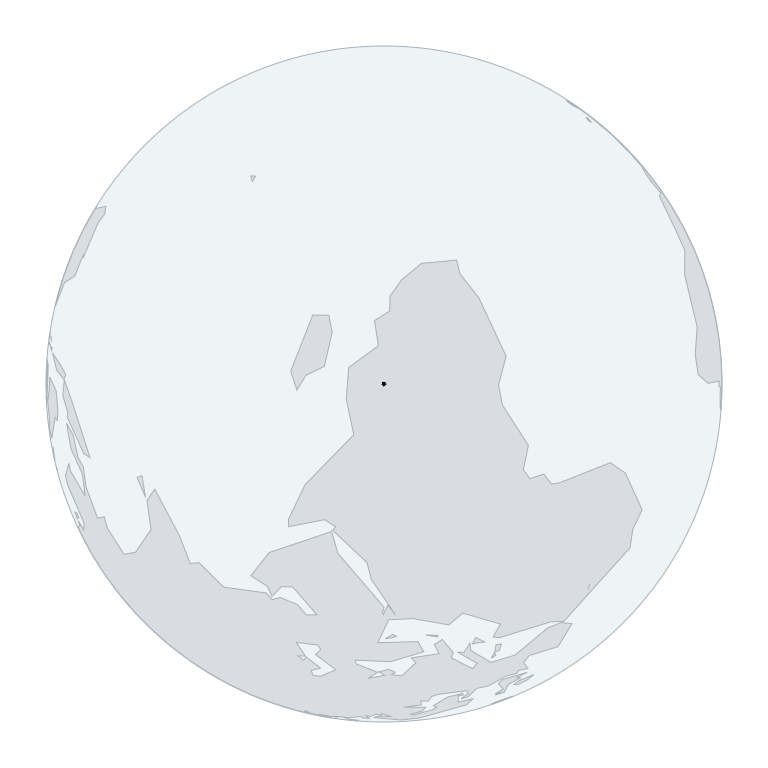 the Earth from above Ntchisi, rotated 179°
{"feature_id": "MWI-1913", "entity_name": "Ntchisi", "entity_type": "District", "adm_level": 1, "iso_a3": "MWI", "parent_name": "Malawi", "parent_adm1": "", "projection": "orthographic", "projection_center": [33.898, -13.273], "detail": "fine", "context": "on_globe", "style": "filled", "palette": "ink", "viewbox_px": 768, "rotation_deg": 179, "n_neighbors": 0, "source": "natural_earth", "source_scale": "10m", "svg_char_len": 6009}
<svg xmlns="http://www.w3.org/2000/svg" viewBox="0 0 768 768"><g transform="rotate(179 384 384)"><circle cx="384" cy="384" r="338" fill="#eef3f6" stroke="#a8b0b8"/><path d="M47.6,352.0L48.2,353.4L48.2,365.8L47.6,375.4L49.0,375.3L49.1,381.0L59.8,379.0L69.7,387.8L72.3,408.0L69.9,435.7L81.5,488.1L80.8,512.1L89.9,533.3L105.4,567.2L103.8,570.1L113.8,582.2L120.7,593.0L122.3,596.8L130.8,606.7L132.4,609.2L137.2,613.8L151.9,629.3L161.8,637.8L175.6,649.7L182.1,654.3L182.9,655.2L186.9,658.2L191.3,661.3L188.9,659.9L170.1,645.6L152.3,630.0L135.7,613.2L120.2,595.2L106.1,576.3L93.3,556.4L82.0,535.6L72.1,514.1L63.8,492.0L57.0,469.3L51.9,446.2L48.3,422.9L46.4,399.3L46.2,375.6L47.6,352.0ZM190.7,661.2L192.5,662.1L183.8,655.6L191.1,659.4L197.3,664.6L190.8,661.3L190.7,661.2ZM176.1,646.9L172.0,642.0L174.0,643.0L177.2,646.6L176.1,646.9ZM450.0,52.6L457.7,54.3L454.4,53.5L454.8,53.6L477.9,59.4L500.6,66.8L522.7,75.9L544.1,86.4L564.7,98.5L584.4,111.9L603.1,126.8L620.7,142.9L637.2,160.2L652.3,178.6L666.2,198.1L678.6,218.4L689.5,239.6L692.5,246.7L690.4,247.6L692.2,252.7L686.7,243.2L686.4,250.3L702.1,288.7L704.1,298.2L700.4,310.2L699.1,302.7L684.8,277.3L687.1,299.2L698.1,324.7L702.1,350.5L695.8,338.5L691.2,315.8L686.0,306.2L683.8,286.5L672.7,254.8L666.1,256.2L663.2,244.8L646.9,218.3L635.4,220.1L619.5,242.5L623.0,271.8L615.0,282.8L591.2,236.0L580.9,207.9L572.1,208.6L547.9,183.7L505.4,177.1L499.5,170.2L491.5,172.4L474.4,164.9L465.6,154.4L455.2,154.5L478.8,182.7L490.0,183.1L499.7,173.6L504.1,183.8L520.6,194.6L501.6,217.6L438.9,237.4L433.2,215.7L387.8,160.8L389.4,155.2L389.3,154.5L388.7,153.4L384.1,162.7L376.5,153.0L400.2,189.0L404.0,205.6L438.0,238.7L434.7,242.0L445.8,249.4L481.8,243.0L481.9,250.4L464.6,284.7L415.1,333.8L422.0,369.7L419.0,401.1L388.9,422.3L392.4,447.6L377.0,456.9L376.5,471.6L364.6,487.8L344.4,503.9L309.2,506.7L306.3,493.1L287.6,468.4L261.4,409.6L269.5,381.4L266.1,361.2L240.7,320.1L246.2,295.7L239.6,286.8L225.8,291.2L218.2,281.0L210.0,282.2L159.1,301.4L144.3,290.8L128.1,253.7L137.8,234.4L140.8,216.0L208.4,143.5L221.4,143.3L273.1,128.3L279.3,129.3L271.7,142.0L309.4,153.5L323.3,142.0L358.8,148.9L383.4,148.2L394.7,125.5L354.5,125.8L348.9,115.6L382.3,106.2L417.7,108.4L416.7,104.6L395.5,95.9L404.9,90.0L388.3,92.7L394.1,96.3L383.9,98.6L378.0,95.6L381.5,93.3L371.2,91.9L357.0,104.7L361.4,109.7L333.6,113.4L338.2,122.6L330.2,127.6L319.5,114.2L321.5,109.0L300.4,97.8L295.8,103.2L315.3,114.7L308.7,114.2L302.6,123.4L302.0,116.1L281.9,103.8L257.6,110.7L224.5,137.3L210.8,142.3L200.3,141.1L214.6,118.3L243.6,109.9L249.1,103.3L245.1,96.9L254.3,95.4L256.3,92.3L267.4,89.7L285.0,80.3L296.6,78.0L305.4,69.8L312.6,67.9L305.3,73.0L306.5,75.9L335.7,72.7L341.8,70.7L345.2,66.1L352.8,66.5L352.3,62.5L369.9,60.5L348.0,60.1L351.4,56.3L363.0,53.4L360.2,52.5L341.2,57.5L337.2,59.8L340.1,61.6L325.7,69.9L315.3,72.2L315.4,64.6L300.7,67.7L307.2,61.8L354.4,49.4L373.1,47.8L400.2,50.7L394.7,52.1L382.3,51.3L392.1,54.6L392.1,53.0L398.4,53.9L403.2,51.8L407.9,52.4L404.5,49.9L410.8,50.4L412.9,52.0L425.3,50.9L438.9,52.7L439.5,52.3L436.2,51.4L455.6,55.0L455.2,54.7L448.6,53.2L443.5,51.8L442.0,51.1L448.8,52.4L450.3,52.8L463.5,56.2L466.4,58.0L469.0,58.6L468.2,57.5L452.0,53.1L449.3,52.5L450.0,52.6ZM183.7,175.3L181.6,180.7L183.7,175.3ZM454.7,124.1L476.2,127.1L467.3,113.3L474.8,113.7L469.0,109.3L466.5,112.4L452.5,101.1L462.0,98.8L459.8,93.9L452.4,92.8L437.2,99.2L457.2,114.7L452.0,119.4L454.7,124.1ZM256.1,80.9L259.2,81.4L253.9,85.1L239.2,90.9L246.7,85.2L256.1,80.9ZM264.9,81.5L269.1,73.8L278.4,70.9L272.4,73.6L278.2,72.4L270.2,76.8L274.9,82.5L270.6,86.4L245.8,93.2L256.3,88.4L252.6,87.8L264.9,81.5ZM263.4,68.5L265.4,67.6L283.0,61.9L279.2,63.6L264.3,68.6L260.1,69.8L263.4,68.5ZM287.3,124.1L292.3,124.0L300.3,122.6L296.6,128.9L287.3,124.1ZM273.2,115.7L277.8,114.3L276.5,121.4L271.3,122.0L273.2,115.7ZM281.5,108.0L278.2,113.7L276.9,110.9L281.5,108.0ZM309.8,71.9L314.9,70.7L315.0,71.7L311.6,73.7L309.8,71.9ZM387.2,129.2L379.5,133.5L376.1,131.4L379.4,130.3L387.2,129.2ZM335.4,130.1L346.8,132.4L334.3,131.7L335.4,130.1ZM512.2,588.8L513.6,594.5L508.7,594.0L512.2,588.8ZM477.0,398.6L454.0,454.2L437.9,453.7L434.9,436.6L443.4,402.6L462.0,394.0L471.2,379.4L477.0,398.6ZM716.0,432.0L716.3,436.8L716.0,438.2L716.0,432.0ZM715.9,423.3L716.9,427.4L715.1,426.1L715.9,423.3ZM717.1,429.1L718.1,429.9L718.5,429.0L718.0,431.9L717.1,429.1ZM714.9,420.9L706.5,407.7L702.1,398.8L704.0,394.1L711.0,403.5L714.9,420.9ZM703.6,393.6L695.8,370.4L679.3,315.6L685.4,319.6L701.4,356.8L700.6,361.0L705.3,377.9L703.6,393.6ZM719.0,382.6L718.0,396.6L714.1,388.1L711.9,382.5L710.5,361.6L711.3,353.4L713.4,356.3L717.1,335.3L719.3,346.7L719.2,356.6L720.6,372.2L719.0,382.6ZM624.5,275.0L632.5,295.0L627.6,296.6L624.5,275.0ZM715.3,318.2L716.0,327.2L714.3,313.3L715.3,318.2ZM713.1,307.1L712.0,302.7L712.1,303.2L713.1,307.1ZM695.2,261.4L693.2,260.3L691.5,255.6L693.1,254.6L695.2,261.4ZM424.7,48.5L422.0,48.3L421.5,48.7L428.7,50.1L415.5,48.3L416.2,47.6L419.6,48.0L424.7,48.5ZM667.8,567.4L669.7,564.4L659.1,566.5L660.2,559.0L667.1,550.0L682.3,516.0L682.6,518.0L691.4,497.1L701.7,490.9L711.4,467.2L710.4,471.3L702.6,496.5L692.9,521.0L681.3,544.7L667.8,567.4ZM717.5,438.4L716.5,441.9L718.0,435.1L717.5,438.4ZM721.9,377.6L721.2,377.6L721.4,388.1L721.9,386.8L721.4,391.7L720.8,409.9L720.2,414.6L721.1,395.1L719.7,411.0L719.4,408.7L720.2,393.1L721.1,377.6L721.4,372.4L721.8,375.6L721.9,377.6ZM719.0,340.0L719.0,339.5L719.0,340.0Z" fill="#d9dde1" stroke="#a8b0b8" stroke-width="1"/><path d="M384.1,382.5L384.1,382.8L384.2,383.0L384.3,383.1L384.3,383.3L384.5,383.4L384.6,383.1L384.9,383.0L385.0,383.1L384.9,383.1L384.9,383.3L385.0,383.3L385.2,383.5L385.2,383.8L385.2,384.0L385.3,384.5L385.3,385.3L385.2,385.4L385.0,385.5L384.9,385.5L384.6,385.3L384.3,385.4L384.2,385.3L383.9,385.3L383.5,385.4L383.2,385.4L383.1,385.2L383.1,384.9L383.0,384.5L382.9,384.4L382.7,384.1L382.4,384.0L382.4,383.8L382.5,383.8L382.6,383.7L382.8,383.6L383.0,383.5L383.1,383.4L383.3,383.1L383.5,383.0L383.6,382.9L383.7,382.7L384.1,382.5Z" fill="#0f172a" stroke="#020617" stroke-width="1.5"/></g></svg>